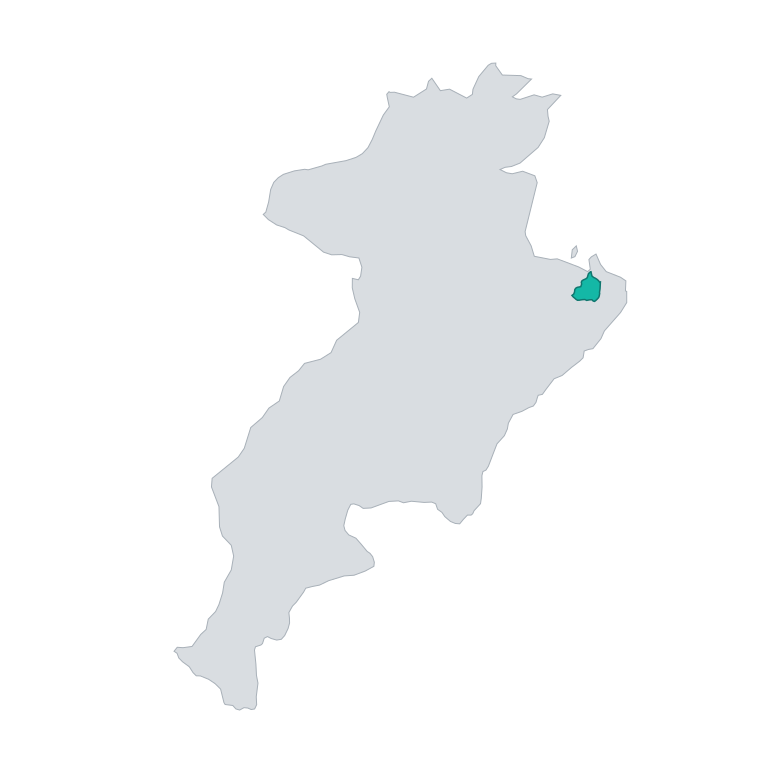 Tongrim, P'yŏngan-bukto, North Korea shown in context, rotated 169°
{"feature_id": "82179303B24369360194646", "entity_name": "Tongrim", "entity_type": "district", "adm_level": 2, "iso_a3": "PRK", "parent_name": "North Korea", "parent_adm1": "P'yŏngan-bukto", "projection": "albers", "projection_center": [124.812, 39.902], "detail": "fine", "context": "in_parent", "style": "filled", "palette": "teal", "viewbox_px": 768, "rotation_deg": 169, "n_neighbors": 0, "source": "geoboundaries", "source_scale": "gbopen_adm2", "svg_char_len": 3969}
<svg xmlns="http://www.w3.org/2000/svg" viewBox="0 0 768 768"><g transform="rotate(169 384 384)"><path d="M470.2,573.5L467.2,575.3L462.5,584.7L458.1,596.6L453.7,603.0L448.4,606.7L442.7,609.0L431.3,610.3L420.9,609.9L417.5,608.7L403.3,609.9L399.3,610.8L378.8,610.5L368.2,611.8L361.4,614.2L354.6,619.1L348.8,626.4L343.7,634.1L333.3,648.2L325.9,655.1L326.1,664.9L326.0,667.9L323.3,670.0L322.4,669.1L318.0,668.4L300.3,659.9L286.0,665.5L282.5,672.7L278.7,675.0L272.7,661.2L263.4,660.9L248.3,648.9L242.0,651.4L240.4,656.4L232.3,667.7L220.9,677.0L217.3,678.3L213.0,677.7L213.6,675.1L208.9,664.7L190.8,660.6L184.3,656.2L181.0,655.2L198.6,643.5L203.2,641.4L199.8,638.7L196.0,637.4L181.5,639.2L174.0,635.4L163.0,636.6L155.4,633.6L171.2,622.2L171.9,615.5L171.7,610.4L179.6,595.2L187.6,586.8L208.3,574.9L217.3,573.2L223.8,573.6L229.2,572.4L223.5,568.0L218.0,565.9L207.3,566.4L196.2,559.6L195.2,552.4L216.4,506.7L216.6,502.6L213.2,491.5L212.1,480.7L196.8,474.5L190.1,473.8L170.5,461.7L162.7,455.5L159.6,457.3L159.1,467.1L156.3,469.2L151.1,471.1L148.6,460.0L144.4,451.9L131.5,443.7L126.9,439.1L129.2,429.4L128.1,428.5L130.2,417.6L138.1,409.1L157.5,394.1L162.4,387.1L172.2,378.8L176.6,378.9L181.2,378.2L182.5,374.6L183.6,371.7L187.5,369.1L196.8,364.5L207.5,358.4L216.0,356.7L226.3,347.6L230.5,343.6L234.8,343.5L235.9,341.7L238.3,337.0L241.6,333.9L246.2,333.2L253.7,330.9L263.1,329.5L269.4,321.8L271.5,316.3L275.7,310.3L284.5,303.7L290.6,294.0L297.2,283.4L300.4,280.0L303.6,279.2L305.4,275.3L307.4,264.1L310.3,253.3L312.1,248.1L319.8,242.4L321.7,239.7L323.5,238.7L327.1,239.4L331.9,236.0L336.4,232.3L340.6,233.5L345.0,236.4L349.6,242.2L351.6,246.9L355.3,250.8L356.1,256.6L359.7,259.0L367.2,260.1L379.5,263.7L387.5,263.7L392.1,266.5L401.6,267.8L420.4,264.8L428.2,265.9L431.6,269.4L436.5,272.1L439.6,272.2L443.6,267.1L447.8,258.9L450.5,252.6L450.2,247.7L447.4,242.6L441.0,238.0L436.7,230.6L432.5,222.9L430.1,220.5L428.1,216.7L427.5,210.9L428.7,207.0L438.0,204.0L449.9,202.0L459.7,203.2L475.8,201.5L485.7,198.9L493.1,198.9L499.8,198.5L502.7,195.0L511.8,186.5L516.2,183.5L521.0,177.8L521.5,172.1L522.3,167.4L524.8,162.3L529.5,156.0L533.5,153.0L538.2,153.1L543.3,155.7L546.6,158.3L550.1,157.3L552.8,152.4L554.6,151.3L560.3,150.6L561.9,147.6L563.2,133.4L564.8,122.2L564.8,114.4L569.1,101.3L570.2,93.5L573.0,89.7L576.5,89.8L579.5,91.9L583.2,93.0L587.9,91.5L591.4,93.3L593.8,97.3L601.1,99.7L601.9,101.8L602.6,115.7L606.9,122.0L612.5,127.6L620.0,132.5L624.0,133.4L626.5,137.1L629.1,143.6L634.7,149.7L637.7,154.2L638.5,159.1L641.1,161.7L637.2,165.0L631.6,163.5L622.5,163.0L611.6,173.2L605.4,177.0L601.4,186.7L592.7,192.8L588.1,199.0L582.3,209.7L578.6,219.9L569.4,230.6L564.4,243.8L564.7,254.8L571.6,265.6L572.7,275.2L569.4,295.1L573.0,315.9L570.7,324.2L541.0,340.1L533.4,347.6L523.1,366.7L509.8,374.3L501.6,382.3L490.0,387.3L483.0,400.7L475.0,408.4L465.3,413.3L458.1,419.4L441.6,420.4L430.0,424.9L422.1,436.0L397.4,449.3L394.2,458.9L396.4,473.3L396.8,484.4L394.9,493.7L389.3,491.2L386.4,494.3L383.4,502.9L384.6,512.5L393.4,515.4L400.6,519.1L410.7,520.8L418.2,525.0L434.7,544.8L447.9,553.3L451.4,556.4L459.0,560.6L466.1,567.4L470.2,573.5ZM173.6,479.8L168.9,482.9L168.7,477.3L172.3,472.6L176.1,471.9L173.6,479.8Z" fill="#d9dde1" stroke="#a8b0b8" stroke-width="1"/><path d="M159.4,454.7L159.5,454.7L159.8,454.2L160.2,454.6L161.0,454.0L161.6,453.8L162.3,453.2L163.1,451.7L164.2,449.6L165.9,448.7L167.3,448.4L168.6,448.1L170.0,447.5L170.9,446.3L170.9,444.4L172.3,442.0L174.0,442.0L175.9,442.0L177.6,441.4L178.7,440.2L179.5,437.8L180.7,436.0L182.6,435.1L181.8,433.6L181.3,432.9L180.5,432.0L179.4,430.5L178.1,429.3L176.2,429.0L174.8,429.0L172.9,428.9L170.7,428.6L169.1,427.4L167.7,427.4L166.1,427.4L163.9,427.1L162.8,425.5L161.5,424.9L159.8,425.8L158.4,426.7L156.8,427.9L155.9,429.4L155.0,431.8L155.0,432.8L153.8,436.1L152.9,439.7L152.1,442.9L152.9,442.8L153.6,444.3L154.2,445.2L155.2,446.4L156.6,447.7L157.9,448.6L159.3,450.4L159.4,454.7Z" fill="#14b8a6" stroke="#0f766e" stroke-width="1.5"/></g></svg>